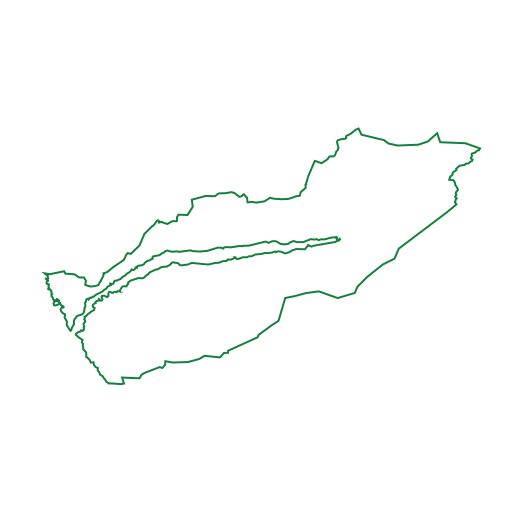 Forsand nor, Rogaland, Norway, rotated 8°
{"feature_id": "86288312B53803854392710", "entity_name": "Forsand nor", "entity_type": "district", "adm_level": 2, "iso_a3": "NOR", "parent_name": "Norway", "parent_adm1": "Rogaland", "projection": "mercator", "projection_center": [6.322, 59.02], "detail": "fine", "context": "isolated", "style": "outline", "palette": "green", "viewbox_px": 512, "rotation_deg": 8, "n_neighbors": 0, "source": "geoboundaries", "source_scale": "gbopen_adm2", "svg_char_len": 6030}
<svg xmlns="http://www.w3.org/2000/svg" viewBox="0 0 512 512"><g transform="rotate(8 256 256)"><path d="M342.7,286.3L359.0,278.8L360.7,272.4L369.0,261.3L382.8,246.7L393.5,239.4L396.4,228.8L439.3,185.8L447.3,177.0L445.4,174.9L445.9,173.9L445.8,172.4L446.7,171.0L445.2,170.1L445.0,169.1L445.9,167.8L445.3,166.8L445.1,165.2L446.8,162.2L445.5,160.1L443.5,158.0L443.0,156.2L441.4,153.8L440.5,153.4L436.7,153.6L437.3,150.3L439.3,148.2L439.1,147.2L439.3,146.0L442.5,142.9L442.0,141.8L445.0,138.3L450.0,136.7L450.8,135.5L453.5,134.7L455.0,132.8L456.6,132.0L457.0,130.5L455.2,129.5L455.9,126.7L455.3,125.3L455.5,124.6L458.6,123.1L460.5,120.8L462.2,120.2L462.9,118.3L447.5,115.2L422.6,117.7L418.3,109.2L410.1,118.8L401.2,123.2L380.9,126.9L371.6,126.2L366.5,123.4L343.6,121.2L339.8,115.5L336.9,117.3L332.6,121.9L328.8,124.5L328.4,125.3L328.9,126.5L328.1,127.5L323.8,128.6L320.8,130.2L320.4,131.4L320.5,132.3L322.7,137.6L322.2,138.3L322.2,139.6L321.0,141.3L320.2,145.1L319.1,146.5L314.9,147.2L313.3,150.3L308.0,155.0L301.0,153.6L296.7,169.5L295.5,177.2L295.7,178.1L295.1,178.6L295.7,181.6L291.3,186.7L291.1,190.2L287.6,191.2L280.1,195.0L273.6,196.2L265.4,196.8L261.7,196.4L257.0,200.6L248.8,203.1L244.4,203.0L240.2,204.1L239.0,199.6L235.5,196.6L234.8,196.8L233.3,198.9L231.3,199.7L225.8,196.6L222.8,196.2L216.5,198.2L211.2,199.0L209.5,199.9L207.1,202.5L197.9,203.5L184.6,209.2L186.5,216.1L182.5,224.9L173.5,225.9L172.4,228.3L172.8,232.2L172.4,232.7L168.4,233.1L163.8,236.6L159.6,236.0L158.0,235.2L155.3,236.5L155.1,236.3L155.1,235.0L154.1,234.3L153.4,234.6L152.5,235.6L151.5,238.0L149.9,240.4L149.3,240.6L142.4,249.7L139.1,262.0L131.6,271.4L128.6,270.9L127.2,273.1L125.7,278.3L116.4,286.7L110.9,292.6L107.7,294.2L108.1,294.5L107.4,295.9L107.7,296.8L105.7,302.1L105.8,302.6L105.4,303.0L103.9,306.7L100.9,308.2L96.1,309.3L90.9,308.4L91.0,304.2L88.8,301.3L83.7,301.8L78.8,299.4L69.7,300.0L68.1,297.8L54.4,302.7L49.1,302.6L52.7,304.8L52.5,305.3L53.3,306.9L53.1,307.4L50.1,307.8L52.0,308.0L53.4,309.0L53.5,309.5L52.5,309.6L52.3,312.0L53.0,312.7L54.8,312.9L54.8,315.3L55.8,316.8L54.9,317.0L54.8,317.6L57.2,318.1L57.6,319.0L58.3,319.3L58.7,321.6L59.4,322.1L58.8,322.9L59.1,324.3L60.7,325.6L61.0,326.9L62.1,328.0L64.1,327.7L64.7,326.4L64.1,325.8L67.1,327.5L66.7,328.6L64.5,328.2L62.4,329.6L62.2,331.3L62.9,332.8L63.8,333.0L65.8,332.2L67.4,331.1L67.8,330.5L67.7,329.8L68.1,329.5L68.8,329.8L68.9,330.8L69.6,331.7L72.3,332.8L72.7,333.4L72.4,333.9L71.0,333.9L70.0,335.6L70.0,336.3L70.7,337.8L72.7,339.6L75.0,340.3L75.2,341.5L74.9,342.8L75.2,343.9L77.9,347.1L78.1,350.0L78.6,351.2L82.4,355.8L82.9,355.8L83.3,355.5L83.7,352.5L85.2,348.9L84.7,345.6L85.1,344.0L87.2,340.3L92.2,337.8L93.2,336.2L93.6,333.6L93.4,331.1L93.9,330.3L94.0,329.0L93.2,326.2L93.9,324.9L94.0,323.0L94.3,322.4L95.6,321.6L96.3,322.4L97.6,320.3L98.8,320.4L100.2,318.9L100.8,319.0L102.7,316.8L108.7,312.7L110.6,310.3L112.0,309.7L113.3,307.0L116.3,305.0L115.5,303.7L118.3,303.5L118.7,303.0L119.0,301.0L119.8,300.0L121.0,300.0L125.2,297.5L126.9,295.2L129.4,293.3L130.2,291.8L132.8,289.8L134.0,288.3L134.7,286.6L136.3,287.0L137.7,286.1L138.5,285.0L138.4,284.1L139.7,284.1L139.5,283.4L140.0,283.0L140.2,282.3L144.5,280.9L146.1,279.8L147.0,278.0L149.3,275.8L151.5,275.1L152.4,273.9L153.7,273.4L154.0,272.9L153.7,271.9L153.8,271.2L154.2,270.7L160.3,268.6L162.9,266.1L164.5,265.3L165.6,263.6L167.5,263.0L172.1,263.5L177.1,262.4L179.2,262.6L190.5,259.5L192.5,260.0L199.8,259.4L207.0,257.7L216.9,253.1L220.7,252.6L222.4,253.3L223.3,251.9L225.3,251.3L229.9,250.9L238.6,248.3L240.9,248.3L241.3,247.8L247.7,246.7L263.4,240.4L266.7,241.2L270.0,239.1L273.9,238.6L278.7,240.6L282.7,240.5L286.3,239.5L287.6,237.9L291.3,235.9L294.6,236.6L301.0,235.6L307.9,231.7L311.5,231.6L313.6,230.9L316.0,231.6L317.8,230.5L322.0,229.9L326.8,227.7L333.2,226.0L333.8,226.6L333.6,226.9L333.8,227.7L333.6,227.8L333.8,228.0L333.9,229.5L335.2,229.3L336.5,227.4L336.9,227.9L335.8,229.3L333.9,229.9L332.8,231.0L311.7,237.8L309.5,239.0L306.1,237.9L305.8,239.2L305.0,239.9L303.6,242.5L294.9,243.5L290.7,245.6L288.7,247.5L284.4,249.4L280.3,248.3L277.0,248.3L275.2,249.5L274.3,248.9L270.9,250.5L266.8,251.6L264.4,251.7L261.5,253.1L255.1,254.6L251.8,256.8L248.6,257.4L247.4,258.5L243.2,259.1L238.8,261.4L237.0,261.6L236.0,260.3L235.0,260.1L234.6,260.2L234.7,261.0L231.9,263.1L228.7,263.3L228.3,263.6L228.2,264.4L227.0,265.2L224.2,265.6L220.1,267.9L216.7,268.5L209.9,271.1L193.4,271.8L189.5,274.0L183.2,275.7L181.8,275.6L180.1,274.0L174.5,273.8L172.8,275.2L172.7,276.0L172.1,276.7L169.3,278.8L164.1,280.0L160.6,282.8L159.1,283.1L153.3,286.8L152.3,287.9L151.8,289.2L150.4,290.0L148.2,292.9L147.1,293.8L142.7,294.2L135.4,297.7L133.5,299.6L133.0,300.5L133.3,301.4L132.4,302.6L132.0,304.1L128.9,304.4L127.6,305.3L126.1,308.8L126.1,309.8L125.8,309.9L126.1,310.1L123.9,310.0L123.2,311.1L120.8,311.1L119.0,312.6L116.5,311.8L115.5,312.1L115.0,313.6L115.4,316.0L114.2,317.5L111.4,316.4L109.0,316.9L108.7,317.9L110.0,320.3L109.6,321.6L108.4,321.9L106.4,320.4L106.2,320.8L106.5,322.0L104.2,322.9L103.5,323.9L103.8,324.8L102.8,325.3L101.4,327.1L101.2,328.4L102.1,329.5L103.4,329.9L103.3,331.8L100.0,334.5L99.0,335.9L98.1,336.3L95.7,339.5L94.7,339.9L95.0,341.0L94.7,342.4L95.6,343.4L95.6,344.8L96.0,345.1L94.7,346.9L94.9,348.1L95.8,349.8L95.3,350.6L95.9,352.4L95.6,352.8L95.6,353.5L94.5,354.4L93.4,353.9L92.8,354.3L92.3,355.5L91.0,355.9L88.9,357.6L88.5,358.2L88.6,359.0L91.1,360.9L95.9,363.3L95.6,365.7L97.0,367.2L96.9,369.1L97.6,370.4L97.9,372.3L101.3,375.2L102.0,379.7L103.2,380.1L105.7,382.0L107.3,384.5L109.9,383.9L110.7,386.5L112.9,388.5L114.9,388.8L115.2,391.4L116.8,392.8L118.3,395.3L121.3,396.6L122.4,398.4L123.4,398.9L125.3,401.4L128.3,402.8L129.0,402.4L139.8,401.7L143.0,400.7L140.3,395.0L157.7,393.3L159.1,389.6L161.9,387.3L176.1,379.4L178.7,380.0L181.1,376.4L180.9,372.8L188.2,373.1L203.3,370.5L214.1,365.9L218.9,362.0L234.6,361.4L237.7,356.5L241.8,355.7L241.6,353.7L269.0,336.2L269.5,333.8L281.7,321.9L287.3,317.1L290.8,293.5L299.8,290.4L310.8,285.7L323.2,282.3L342.7,286.3Z" fill="none" stroke="#15803d" stroke-width="2"/></g></svg>